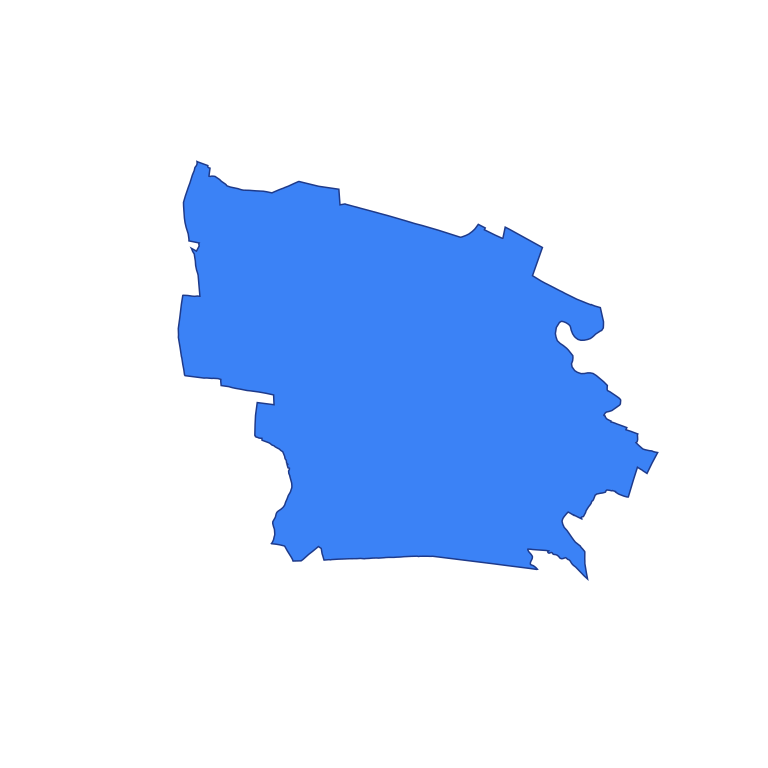 the district of Stolniceni-Prajescu, Iasi, Romania, rotated 31°
{"feature_id": "2599482B99499640370979", "entity_name": "Stolniceni-Prajescu", "entity_type": "district", "adm_level": 2, "iso_a3": "ROU", "parent_name": "Romania", "parent_adm1": "Iasi", "projection": "equal_earth", "projection_center": [26.758, 47.184], "detail": "fine", "context": "isolated", "style": "filled", "palette": "blue", "viewbox_px": 768, "rotation_deg": 31, "n_neighbors": 0, "source": "geoboundaries", "source_scale": "gbopen_adm2", "svg_char_len": 6170}
<svg xmlns="http://www.w3.org/2000/svg" viewBox="0 0 768 768"><g transform="rotate(31 384 384)"><path d="M369.9,578.8L374.0,576.9L377.6,575.5L381.8,574.2L382.5,574.2L387.2,576.9L393.3,580.0L395.6,581.3L397.2,582.6L404.1,578.2L405.0,576.0L407.2,568.8L409.0,564.2L411.5,557.1L414.9,557.3L418.4,561.4L419.8,562.6L422.6,565.2L423.3,565.8L427.3,562.9L428.8,562.2L429.5,561.5L435.0,557.7L439.2,555.0L444.0,551.8L450.8,547.6L453.5,545.7L457.2,543.9L458.0,543.2L461.3,541.0L463.6,539.3L467.3,536.9L468.9,536.1L473.6,532.8L474.9,531.8L477.6,530.0L481.7,527.6L483.6,526.2L487.4,523.7L489.8,521.9L495.8,517.9L501.1,514.5L502.4,514.1L503.6,513.1L509.7,509.4L512.6,507.8L514.4,506.6L570.5,481.7L583.8,475.9L603.5,467.2L610.4,464.3L610.9,463.8L608.9,463.2L607.7,463.0L605.7,462.8L603.4,463.2L602.6,463.2L602.2,463.0L601.9,462.5L601.3,461.1L601.0,457.6L600.7,456.6L600.1,455.5L599.6,455.1L598.6,454.6L597.1,454.0L594.7,453.3L593.1,452.4L592.4,451.7L592.4,451.4L594.8,450.1L596.5,449.4L608.5,443.3L611.0,442.3L610.8,442.9L610.8,443.4L611.3,444.0L611.8,444.1L612.2,444.1L612.7,443.9L614.2,442.2L615.2,442.1L616.4,442.7L616.9,442.7L617.6,442.5L618.8,441.9L620.1,441.6L621.0,441.6L622.8,441.9L623.8,442.4L624.8,442.6L626.0,442.4L627.1,441.7L629.0,439.4L629.8,439.3L631.8,439.7L633.4,439.4L634.5,439.7L637.4,441.2L638.6,441.6L639.8,441.9L642.6,442.2L654.4,445.4L658.9,446.3L654.2,441.0L648.6,434.4L647.4,432.4L646.2,430.6L642.8,424.8L642.3,424.2L638.9,423.0L637.0,422.5L635.8,421.8L629.5,421.0L627.3,420.2L624.5,419.0L616.3,415.3L612.3,414.1L609.3,412.0L607.2,409.8L606.6,407.3L606.7,404.8L607.3,400.9L607.8,398.9L610.6,398.8L614.3,398.8L614.2,398.5L618.6,398.2L623.0,397.8L622.8,397.5L622.2,397.5L622.1,397.2L621.7,397.1L621.7,396.8L622.2,395.8L623.0,395.2L623.2,394.6L623.0,390.5L622.5,388.5L622.6,383.9L622.9,381.7L623.0,379.7L622.6,378.0L622.7,377.0L622.8,376.7L623.0,376.5L623.1,375.5L622.9,374.1L622.4,371.2L622.2,370.7L622.7,369.7L622.9,368.9L625.5,366.4L627.5,364.8L629.3,362.9L629.5,362.6L629.3,361.1L629.4,360.5L629.8,360.0L631.7,359.1L634.1,358.3L634.6,358.0L634.8,357.6L635.8,357.4L637.9,356.9L638.1,357.4L641.5,357.5L642.5,357.4L647.6,356.5L650.7,355.6L651.6,355.0L647.2,337.8L644.1,324.8L648.5,324.9L649.0,324.8L650.6,325.0L655.5,325.2L654.5,313.8L653.9,301.8L651.2,302.8L649.7,303.2L648.1,303.4L645.7,304.5L641.8,305.8L639.8,306.3L638.9,306.3L634.0,305.4L630.2,304.5L630.5,303.9L630.6,303.4L630.6,302.8L630.4,302.0L630.1,301.1L629.1,299.5L627.5,297.2L627.3,296.1L620.2,297.4L614.9,298.6L614.8,298.4L614.6,296.3L608.7,297.4L604.2,298.3L602.2,298.6L599.3,299.2L598.2,299.7L597.6,298.8L596.8,299.0L593.7,299.2L592.5,299.1L590.6,298.2L590.2,297.6L589.0,297.7L588.5,297.5L588.6,294.8L589.1,293.5L591.2,291.5L593.0,289.4L596.8,280.8L596.9,279.4L595.4,276.3L594.8,275.6L594.2,275.4L592.8,275.0L589.3,274.7L581.6,274.3L579.3,274.5L578.3,274.1L577.0,271.9L576.2,270.2L571.1,268.9L561.7,267.4L557.8,267.3L555.2,268.2L552.7,269.7L550.5,271.7L547.6,273.6L543.7,274.4L540.5,274.3L536.4,272.5L534.3,270.1L533.7,266.9L532.5,264.3L531.3,262.5L524.4,259.9L522.1,259.3L517.9,258.7L514.0,258.5L510.2,257.6L507.2,255.1L504.9,252.5L502.6,246.8L502.7,240.9L503.7,239.0L504.9,238.4L506.4,238.0L508.6,237.7L511.2,237.8L513.2,238.2L514.6,239.2L516.7,241.4L519.8,243.8L522.7,245.2L524.3,245.6L527.3,245.9L530.3,245.1L533.1,243.3L535.6,241.0L537.5,238.7L538.5,236.4L539.1,234.5L539.7,232.2L542.1,227.2L543.0,226.0L543.1,223.0L541.8,220.5L540.1,217.6L530.1,207.1L524.4,208.6L520.6,209.2L520.5,209.6L515.2,210.5L505.7,212.0L497.0,212.7L492.5,213.1L489.5,213.2L486.5,213.5L472.4,214.4L470.3,214.6L465.4,214.8L455.5,214.7L449.5,185.4L411.4,186.8L407.1,187.1L410.8,197.7L410.4,198.2L402.8,199.1L390.6,200.1L390.4,198.1L382.6,198.6L382.2,203.1L382.0,204.6L381.1,207.8L379.5,211.7L377.7,214.5L375.7,217.0L374.6,218.3L373.8,218.9L351.7,224.1L335.3,228.4L328.2,230.5L308.8,235.5L302.0,237.3L258.4,249.7L257.9,249.7L254.0,253.1L245.0,240.3L226.1,248.2L206.8,254.2L206.3,254.7L203.2,259.1L200.1,263.7L197.5,267.0L196.9,268.0L196.0,269.0L193.9,271.7L190.8,276.0L189.5,277.9L184.3,279.7L181.3,280.9L174.9,284.3L169.1,287.2L163.6,290.3L161.5,291.0L158.1,291.8L150.9,294.3L147.6,295.0L146.8,294.9L146.1,294.5L145.0,294.3L143.4,294.2L140.2,294.0L137.8,293.4L132.3,293.1L131.0,293.6L129.2,294.6L128.1,295.6L126.9,296.0L123.7,288.6L122.5,288.9L121.4,288.8L120.9,288.4L120.6,288.0L120.5,287.5L110.1,289.5L109.1,289.6L110.0,290.8L110.5,292.0L110.6,292.5L110.7,293.6L110.5,294.9L110.5,296.1L111.4,298.7L112.1,303.5L114.1,311.6L114.9,315.9L116.9,325.2L118.6,331.6L120.5,334.6L127.4,344.5L130.4,348.2L133.7,351.6L138.8,356.1L142.2,360.3L143.1,361.8L147.0,360.4L153.0,358.3L153.1,359.3L154.5,360.9L154.8,366.7L149.0,366.9L150.1,367.6L151.1,368.5L151.9,369.0L153.1,369.7L154.2,370.1L158.9,375.7L161.5,379.4L164.6,382.8L166.8,384.7L168.5,386.3L181.0,403.6L180.1,404.1L178.9,404.6L176.5,406.4L174.3,407.5L170.2,409.2L166.1,411.4L165.9,411.7L169.3,420.1L174.7,432.1L179.1,442.4L182.6,447.8L183.7,449.9L190.7,458.1L196.3,464.9L197.2,465.7L201.5,470.9L205.1,474.9L208.3,478.9L209.2,479.3L226.7,471.6L228.8,470.2L233.7,467.8L234.6,467.1L239.0,464.8L241.8,464.1L242.5,465.5L245.2,469.2L252.3,466.2L255.7,465.3L259.5,464.0L263.8,462.3L270.0,460.1L272.7,458.8L281.1,455.2L287.7,452.7L295.0,450.2L300.4,458.4L284.9,465.2L290.0,477.0L294.3,485.0L299.7,494.5L300.4,494.6L300.8,495.3L301.7,495.3L303.1,494.9L304.7,494.7L306.3,494.0L307.3,493.4L308.4,495.0L315.4,493.7L316.8,493.6L319.3,494.0L321.7,493.6L323.0,493.9L326.0,493.8L327.0,493.7L328.1,493.7L329.7,494.1L332.1,494.2L336.0,497.1L337.5,498.8L338.1,499.2L339.2,499.6L339.9,500.2L341.2,501.9L342.8,502.3L342.4,503.0L344.9,505.3L346.3,504.9L346.8,505.8L347.0,506.8L347.0,507.7L348.5,509.7L350.4,511.1L351.2,512.0L355.9,516.5L357.4,518.6L358.0,519.6L358.5,520.7L358.7,522.0L359.2,523.9L359.4,525.4L359.4,528.8L360.1,532.6L360.5,535.9L361.2,538.9L361.1,541.2L360.8,542.5L360.2,544.3L358.7,547.6L358.4,548.6L358.3,549.5L358.5,551.0L359.4,553.8L359.5,554.6L359.6,559.2L360.3,560.6L360.8,561.2L362.6,563.0L364.6,564.7L365.3,565.5L367.8,569.1L368.3,570.4L368.6,571.7L369.5,574.3L369.8,576.9L369.8,578.2L369.7,578.8L369.9,578.8Z" fill="#3b82f6" stroke="#1e3a8a" stroke-width="1.5"/></g></svg>